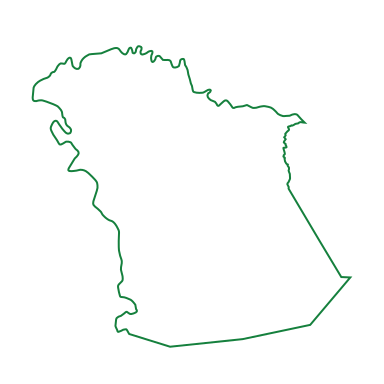 Cucuyagua, Copán, Honduras, rotated 353°
{"feature_id": "27666195B10036969380413", "entity_name": "Cucuyagua", "entity_type": "district", "adm_level": 2, "iso_a3": "HND", "parent_name": "Honduras", "parent_adm1": "Copán", "projection": "natural_earth1", "projection_center": [-88.859, 14.693], "detail": "fine", "context": "isolated", "style": "outline", "palette": "green", "viewbox_px": 384, "rotation_deg": 353, "n_neighbors": 0, "source": "geoboundaries", "source_scale": "gbopen_adm2", "svg_char_len": 5813}
<svg xmlns="http://www.w3.org/2000/svg" viewBox="0 0 384 384"><g transform="rotate(353 192 192)"><path d="M85.6,44.3L84.7,45.0L83.5,46.4L82.1,48.4L81.3,49.1L80.7,49.2L79.4,48.8L77.5,48.4L76.8,48.6L75.7,49.2L73.8,51.0L71.9,53.9L70.6,55.4L69.8,56.0L68.2,56.1L66.9,56.8L66.3,57.4L65.3,59.1L63.7,60.3L62.4,60.9L58.5,61.7L54.8,63.0L52.6,64.1L50.1,65.9L48.4,67.7L47.9,68.5L47.5,69.2L45.4,78.7L45.3,80.2L45.4,81.1L45.7,81.7L46.0,82.1L46.7,82.5L48.4,82.8L50.7,82.5L52.4,82.5L53.5,82.6L54.8,82.9L56.4,83.6L58.6,84.6L64.9,87.9L67.4,89.4L69.1,90.6L70.5,92.4L71.9,94.6L72.5,96.1L72.7,97.0L72.7,100.2L72.9,101.8L73.1,102.2L74.2,102.9L75.0,104.4L75.0,107.8L75.4,109.6L76.2,111.0L78.3,113.0L79.0,114.1L79.3,114.8L79.5,115.5L79.4,116.5L79.2,117.2L78.8,117.9L78.4,118.5L77.8,118.8L76.4,119.0L75.4,118.8L74.0,117.8L72.7,116.1L71.0,113.5L68.5,108.9L67.0,105.8L66.5,105.2L65.8,104.8L65.0,104.7L64.2,104.9L63.5,105.3L62.6,106.1L61.4,107.7L60.2,109.7L59.7,110.8L59.5,111.9L59.6,113.0L60.0,114.5L61.3,118.2L64.3,124.1L65.7,127.5L66.3,128.5L66.9,128.8L68.0,128.8L70.0,128.1L72.6,126.9L73.3,126.7L75.5,127.0L77.4,127.8L78.0,128.3L79.1,130.7L81.4,134.7L82.0,135.5L83.3,136.8L84.1,138.2L84.2,139.1L84.2,139.7L83.9,140.4L83.5,141.1L82.0,142.7L80.0,144.2L79.4,144.8L72.6,153.4L72.1,154.4L72.0,155.0L72.0,155.4L72.3,155.8L72.8,156.2L74.8,156.6L76.6,156.7L79.8,156.7L83.7,156.3L85.8,156.7L87.6,157.4L89.2,158.4L91.4,160.5L94.9,164.8L97.4,168.2L98.5,170.1L98.9,171.4L99.0,173.7L98.7,176.4L97.6,179.3L93.0,189.2L92.5,191.2L92.6,192.6L93.1,193.4L93.9,194.6L96.5,197.3L98.9,200.2L99.4,201.0L100.0,202.6L100.5,203.7L101.6,205.2L102.9,206.8L104.2,208.1L105.7,209.4L106.8,210.1L108.9,211.1L109.9,211.9L110.8,212.9L111.7,214.2L112.8,216.3L113.6,218.3L114.5,220.9L114.7,222.1L114.6,223.6L113.3,231.7L112.6,237.8L112.4,240.9L112.5,242.3L112.9,246.5L113.7,250.3L113.9,251.9L113.6,254.1L112.4,258.0L112.0,260.5L112.8,267.1L112.7,269.4L112.4,270.9L111.8,271.9L108.0,274.9L107.3,275.9L107.1,276.5L107.0,277.8L107.3,282.5L107.8,286.1L108.0,286.9L108.3,287.3L109.0,287.6L110.4,287.9L112.0,288.3L114.0,289.2L118.0,291.5L118.9,292.4L119.9,293.6L121.2,295.6L122.0,297.0L122.2,301.0L122.3,301.6L122.8,302.6L122.8,303.2L122.7,303.7L122.4,304.1L121.5,304.7L119.2,305.4L116.9,305.7L116.2,305.6L115.3,305.3L112.7,303.0L112.1,303.0L111.5,303.2L109.7,304.4L106.3,306.3L103.9,306.8L102.1,307.8L101.6,308.3L101.1,309.5L99.7,315.6L100.0,317.1L100.9,319.8L101.1,321.1L101.4,321.6L101.7,321.8L102.2,321.8L104.9,321.1L107.0,320.3L109.0,320.2L110.0,320.3L110.3,320.6L110.7,321.3L112.1,324.7L112.4,325.3L151.4,342.9L224.3,344.2L293.1,338.3L338.7,296.1L329.8,294.6L312.4,255.5L288.9,201.9L288.4,200.7L288.3,200.1L288.6,198.9L287.7,196.3L287.6,195.8L288.0,194.9L288.9,194.1L289.8,192.7L290.8,191.0L291.0,190.3L291.3,186.0L290.8,184.1L290.5,182.6L291.0,181.3L291.2,180.0L291.1,179.3L290.5,178.3L290.2,177.6L290.1,176.9L290.4,176.4L289.7,176.0L289.0,175.2L288.1,173.0L287.9,170.0L288.3,169.7L288.3,169.4L287.8,168.7L287.2,168.2L287.1,167.9L287.6,166.6L288.0,166.3L288.6,165.9L288.8,165.3L288.7,163.7L288.2,160.8L288.1,159.5L288.4,159.3L290.7,159.3L291.1,159.1L291.3,158.9L291.1,157.7L290.6,156.6L290.6,156.4L290.8,155.9L289.4,154.3L289.2,153.8L289.6,153.0L291.4,151.0L290.2,148.9L291.8,147.3L291.8,146.6L291.6,145.8L291.9,145.4L294.0,143.5L295.3,142.7L295.8,142.1L295.9,141.8L295.8,141.1L295.2,139.5L295.2,139.2L295.5,138.9L296.7,138.6L297.9,138.6L298.5,138.1L298.8,138.0L299.6,138.3L300.1,138.2L301.5,137.7L302.9,137.0L305.8,136.8L306.7,136.2L307.7,135.9L308.6,135.9L310.5,136.5L312.3,136.9L309.3,133.1L306.6,129.2L305.9,128.2L304.7,127.5L303.3,127.2L300.9,127.4L298.3,128.2L295.2,128.0L292.6,127.9L291.5,127.7L289.0,126.5L287.0,125.1L286.4,124.4L285.1,122.5L283.9,121.0L282.5,119.4L281.3,118.4L280.5,117.8L278.2,116.8L274.8,115.7L273.6,115.5L271.6,115.5L269.8,115.6L266.0,116.2L263.6,116.1L262.6,115.9L261.5,115.3L258.4,113.2L257.4,112.5L256.9,112.4L252.9,113.1L247.9,113.0L245.6,113.2L244.0,113.7L243.3,113.6L242.8,113.4L242.4,112.9L240.8,109.8L238.6,106.4L237.8,105.6L236.9,105.2L235.9,105.2L234.6,105.8L231.4,108.0L229.4,109.5L228.7,109.7L228.1,109.5L227.6,108.9L227.0,107.3L225.8,105.3L221.7,103.0L220.1,101.2L219.3,99.7L219.1,98.2L219.5,97.0L220.2,96.0L221.5,95.4L222.3,94.8L223.0,93.5L222.9,93.2L222.6,92.8L221.6,92.5L220.1,92.7L216.4,94.3L215.1,94.7L214.0,94.7L211.4,94.5L208.7,94.0L206.5,93.2L205.8,92.8L205.5,92.4L205.3,91.8L205.1,90.6L204.9,86.8L204.1,84.1L203.6,79.8L202.7,74.9L202.5,70.5L201.7,67.5L200.6,65.1L200.5,61.2L200.3,59.8L199.9,59.0L199.2,58.8L198.3,58.8L197.5,59.0L196.6,59.6L196.2,60.4L195.6,62.4L194.8,64.3L194.5,65.1L194.1,65.5L192.4,66.2L190.4,66.4L189.0,66.1L188.6,65.8L188.2,65.4L187.9,64.6L187.3,62.4L186.8,59.8L186.3,59.0L185.5,58.4L184.1,58.0L180.6,57.6L179.2,57.3L176.6,53.4L176.1,53.0L175.3,52.8L174.4,52.8L173.0,53.3L172.5,53.9L171.8,55.7L170.8,57.0L169.7,57.9L169.0,58.1L168.6,58.1L168.1,57.6L167.8,56.8L167.7,55.4L167.7,54.0L168.3,51.5L169.3,49.9L169.7,48.9L169.8,48.1L169.7,47.5L168.8,47.0L167.1,47.1L165.9,47.4L163.7,48.6L161.8,49.2L159.7,49.5L158.7,49.2L158.3,48.8L158.0,48.4L157.9,47.1L158.1,46.1L159.1,44.6L159.4,43.4L159.5,42.6L159.3,42.2L159.1,41.8L157.7,41.0L156.4,40.8L155.9,41.1L155.3,41.6L154.0,43.4L153.5,45.2L153.1,46.2L152.2,47.0L151.5,47.3L150.7,47.1L150.1,46.6L150.0,46.0L149.9,44.2L149.5,42.5L149.2,41.6L148.8,41.3L148.1,41.3L147.4,41.6L146.5,42.7L145.2,45.1L144.1,46.4L143.4,47.1L142.4,47.3L141.3,46.9L139.8,45.7L138.5,44.0L137.1,41.5L136.5,40.8L135.4,40.1L134.2,39.8L132.3,39.8L129.3,40.4L118.9,43.3L109.4,42.9L106.8,42.9L104.6,43.8L102.6,44.7L100.8,45.9L99.4,47.1L98.3,48.4L97.2,50.1L96.9,51.0L96.6,53.0L96.0,54.3L94.9,55.5L94.4,55.8L93.7,55.9L92.4,55.7L91.1,55.0L90.0,53.9L89.0,52.5L88.8,51.4L88.6,48.2L88.4,45.6L88.0,44.3L87.6,44.0L87.0,43.8L86.4,43.9L85.6,44.3Z" fill="none" stroke="#15803d" stroke-width="2"/></g></svg>